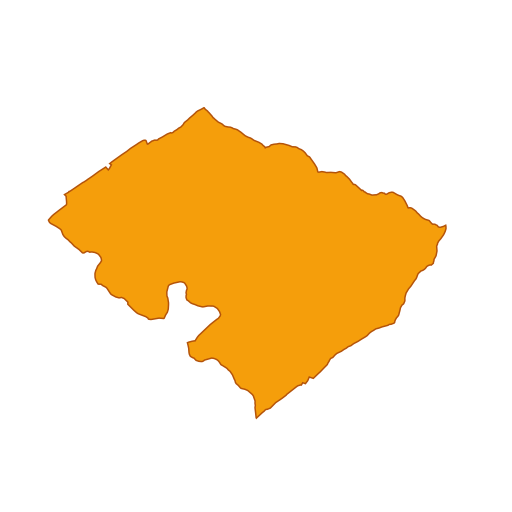 outline of Urdari, Gorj, Romania, rotated 165°
{"feature_id": "2599482B90293450056050", "entity_name": "Urdari", "entity_type": "district", "adm_level": 2, "iso_a3": "ROU", "parent_name": "Romania", "parent_adm1": "Gorj", "projection": "orthographic", "projection_center": [23.282, 44.799], "detail": "fine", "context": "isolated", "style": "filled", "palette": "amber", "viewbox_px": 512, "rotation_deg": 165, "n_neighbors": 0, "source": "geoboundaries", "source_scale": "gbopen_adm2", "svg_char_len": 6100}
<svg xmlns="http://www.w3.org/2000/svg" viewBox="0 0 512 512"><g transform="rotate(165 256 256)"><path d="M425.1,364.9L423.9,362.8L424.2,361.7L424.9,357.6L425.3,355.9L425.5,355.2L426.0,354.5L433.7,351.4L440.8,348.4L443.1,347.2L447.1,344.5L447.2,344.3L447.1,343.6L446.8,342.1L446.5,341.5L445.9,340.6L441.4,336.4L438.8,333.5L437.8,332.2L437.4,331.3L437.0,326.9L436.5,325.2L436.1,324.2L434.9,322.3L433.3,320.3L431.9,317.7L430.9,316.3L429.0,312.6L425.2,308.0L422.9,304.1L422.4,303.7L421.3,303.5L419.0,304.2L417.6,304.2L416.5,303.6L415.8,302.8L413.5,302.4L410.7,301.1L408.8,299.6L407.9,298.7L407.6,298.3L406.8,296.3L406.2,294.8L406.2,293.6L406.2,292.8L406.5,291.3L408.1,289.8L411.6,287.2L413.5,284.6L414.4,283.7L416.0,280.9L416.4,279.5L417.0,276.9L417.0,274.6L416.6,272.4L415.8,269.8L415.2,269.5L413.1,268.9L412.6,268.5L412.4,268.0L411.7,267.1L409.0,264.6L408.3,263.4L406.2,257.0L405.3,255.8L402.0,252.7L400.6,251.9L399.7,251.3L398.6,250.9L396.7,250.8L394.3,249.0L391.7,244.6L392.3,242.6L392.2,242.4L388.1,235.3L386.0,232.1L384.8,230.8L383.6,229.9L378.1,225.9L376.5,224.1L376.3,223.1L376.1,222.8L374.6,222.1L373.4,221.8L365.7,221.1L361.3,219.5L360.8,219.7L358.5,222.5L356.2,224.6L354.5,227.4L353.1,231.6L352.6,233.5L352.1,238.3L352.4,240.4L351.8,243.0L351.4,244.5L348.6,249.5L348.1,250.0L347.5,250.4L346.7,250.7L342.4,251.1L336.0,250.8L334.2,250.1L332.5,249.0L331.8,248.1L331.2,246.0L330.9,245.4L330.8,243.4L331.0,242.3L331.2,241.8L332.0,240.9L333.1,238.5L333.1,238.1L333.1,237.0L333.8,235.7L334.3,234.0L334.3,233.3L334.1,231.4L333.0,230.3L331.3,227.7L329.8,226.4L327.5,224.9L325.1,223.0L321.1,220.8L319.8,220.5L315.5,220.2L310.9,218.9L309.8,218.4L307.3,215.8L306.8,215.0L305.6,211.7L305.4,209.0L305.4,208.5L306.2,207.3L308.1,205.8L308.7,205.4L310.4,204.9L317.8,201.7L329.9,195.1L331.8,194.1L333.7,192.7L336.8,189.8L337.6,190.0L340.1,190.2L343.3,190.2L344.7,190.0L344.7,187.9L344.9,184.2L345.7,180.0L345.8,178.4L345.4,176.2L344.9,175.6L343.4,174.1L342.4,173.5L340.9,170.7L338.5,169.1L336.2,168.2L335.0,168.0L333.7,168.3L332.7,168.8L325.4,168.9L323.8,168.3L322.6,167.6L321.2,166.5L320.3,165.6L319.7,164.8L318.9,163.1L318.0,160.2L313.7,155.7L313.0,154.8L312.3,153.2L310.9,151.3L309.5,147.3L308.8,142.3L308.5,141.1L308.6,139.4L308.2,137.9L306.6,135.6L305.1,132.5L304.8,132.2L304.5,131.9L301.3,130.2L299.5,128.8L298.6,128.0L295.4,123.2L294.8,121.7L294.4,116.1L294.7,115.3L295.2,113.4L295.2,112.3L295.3,111.9L296.2,109.8L297.3,102.3L297.7,100.0L297.6,99.3L290.4,103.1L288.3,104.0L287.0,104.9L286.0,105.2L284.7,105.0L281.5,105.4L274.9,109.3L267.9,111.7L263.0,113.7L262.1,114.4L260.9,114.9L251.1,119.1L249.3,119.8L246.4,119.9L245.6,119.6L243.7,121.5L241.3,119.9L238.3,122.2L235.9,125.3L232.3,123.0L226.1,126.4L223.9,127.5L219.3,130.3L215.2,132.7L214.4,133.8L212.7,135.4L211.7,136.6L210.7,137.5L210.1,137.8L208.1,138.1L205.2,140.0L203.1,141.0L198.2,141.9L194.9,143.1L192.9,143.5L190.3,144.6L187.6,144.8L184.3,146.1L179.7,147.1L175.6,148.4L171.3,149.6L169.3,150.3L166.3,152.2L163.8,153.2L161.5,153.8L159.2,154.6L155.6,154.6L152.8,154.9L147.1,154.9L146.5,154.9L145.0,155.4L143.1,155.1L140.3,155.4L139.7,155.6L139.2,156.1L138.6,157.4L137.7,158.5L136.3,159.9L134.6,161.0L133.5,162.0L131.2,166.0L129.8,168.7L127.7,170.8L126.2,171.4L125.7,171.7L123.9,174.0L123.7,174.5L123.1,176.9L122.2,178.7L120.6,181.4L117.1,184.8L114.3,186.7L109.1,191.3L107.6,192.3L106.5,193.5L104.7,196.1L103.8,197.1L100.6,198.8L98.5,199.0L96.7,199.6L95.4,200.3L94.0,201.5L92.9,202.0L91.2,202.3L90.3,202.3L89.0,201.9L86.6,203.1L86.2,204.1L85.4,205.3L84.9,206.7L82.7,208.9L82.0,209.7L81.4,210.9L79.9,214.0L79.0,218.6L78.7,219.2L77.8,220.2L77.2,221.5L75.4,223.3L73.0,224.9L69.4,227.9L68.2,229.2L66.9,230.8L65.9,232.4L65.4,233.3L64.9,235.4L64.8,236.6L67.1,236.1L70.4,236.0L71.0,236.1L71.9,236.6L72.4,237.0L73.1,238.7L74.0,239.4L75.0,240.4L77.3,241.1L78.4,242.9L79.5,245.3L79.8,245.6L83.0,247.6L84.1,248.6L85.6,250.2L86.7,251.8L88.1,254.5L89.1,255.9L90.1,258.1L91.9,260.4L93.1,261.8L94.1,262.5L95.2,262.9L96.5,263.0L96.7,263.6L96.9,265.6L97.9,270.5L99.1,274.3L99.8,275.5L100.6,276.4L101.9,277.2L103.7,278.6L107.1,282.0L108.3,282.5L110.1,282.6L111.2,282.6L113.3,282.0L114.5,281.9L115.2,282.4L115.6,283.3L115.9,283.5L116.8,283.8L117.9,284.6L118.4,284.8L119.8,284.9L121.4,284.3L124.0,283.9L124.4,284.1L128.2,284.8L128.5,285.0L130.5,286.5L132.2,287.3L133.4,288.6L133.9,289.4L134.9,290.0L135.1,290.6L135.9,291.8L136.7,292.2L137.0,292.0L141.4,298.9L142.2,299.6L143.2,299.8L143.6,300.2L143.8,301.1L144.4,302.3L145.8,306.0L148.0,309.8L148.6,310.3L149.2,311.9L149.8,312.7L151.7,314.9L152.7,315.5L153.6,315.9L157.3,315.7L162.0,317.4L166.4,318.4L167.9,319.3L170.6,320.5L173.6,320.7L174.3,321.0L174.5,321.5L174.5,322.1L174.4,324.8L174.5,325.7L175.7,329.9L177.8,335.5L178.4,337.3L178.9,338.1L180.5,339.5L181.9,343.1L183.2,345.2L184.7,347.0L186.6,348.4L188.3,350.3L189.7,351.2L192.7,352.1L195.4,354.2L200.8,357.4L204.4,358.7L206.7,358.8L209.6,359.3L212.4,359.4L213.3,359.2L214.8,358.3L217.8,358.4L219.1,358.1L219.2,359.0L219.3,359.3L220.6,361.0L221.4,362.6L223.7,365.0L228.1,368.3L229.7,370.3L230.8,371.4L232.8,372.7L235.3,374.9L238.5,379.4L241.3,382.7L242.7,383.7L245.0,385.0L245.7,385.8L247.3,387.0L249.7,387.9L252.6,389.4L253.7,390.8L254.3,391.9L255.8,393.4L257.7,395.0L260.6,399.2L261.2,400.3L261.5,400.4L262.4,402.8L264.4,406.8L264.7,407.2L265.4,408.7L267.0,410.8L267.7,412.6L267.9,412.7L271.0,411.9L274.8,411.2L276.6,410.5L277.1,410.1L280.3,408.4L284.4,406.5L286.8,405.1L290.3,403.6L291.3,402.9L292.0,402.1L292.6,401.6L295.3,400.0L297.6,399.5L299.5,398.6L302.7,397.7L303.8,397.0L305.1,396.7L305.7,396.7L306.2,396.9L306.5,397.2L310.2,396.8L315.6,395.2L319.3,394.4L319.8,394.3L321.0,393.5L321.6,393.5L324.2,394.2L326.3,393.9L326.7,394.0L331.4,392.1L331.8,392.1L332.0,392.3L332.4,396.0L333.0,396.5L334.3,396.8L335.7,396.7L340.1,395.5L342.3,394.7L349.4,392.4L353.7,390.5L359.3,388.6L370.7,384.3L373.4,383.1L372.1,381.5L374.9,378.5L376.4,377.4L378.1,380.8L386.0,378.3L393.4,375.4L398.9,373.5L400.3,372.9L403.5,371.9L404.3,371.8L418.0,367.0L419.1,366.7L420.0,366.7L420.2,366.3L420.5,366.1L425.1,364.9Z" fill="#f59e0b" stroke="#b45309" stroke-width="1.5"/></g></svg>